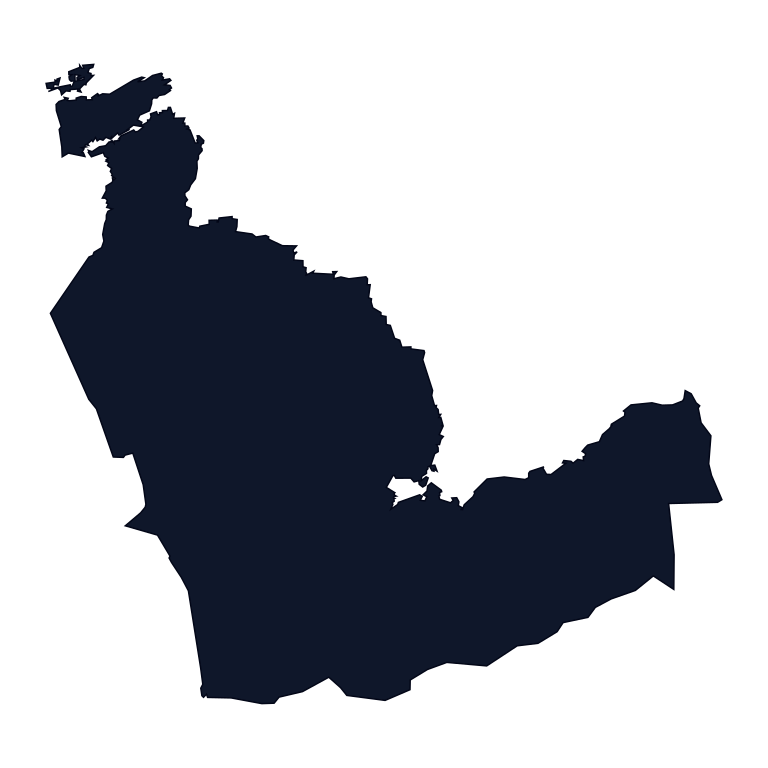 Eide nor, Møre og Romsdal, Norway (orthographic projection)
{"feature_id": "86288312B27071382350329", "entity_name": "Eide nor", "entity_type": "district", "adm_level": 2, "iso_a3": "NOR", "parent_name": "Norway", "parent_adm1": "Møre og Romsdal", "projection": "orthographic", "projection_center": [7.322, 62.931], "detail": "fine", "context": "isolated", "style": "filled", "palette": "ink", "viewbox_px": 768, "rotation_deg": 0, "n_neighbors": 0, "source": "geoboundaries", "source_scale": "gbopen_adm2", "svg_char_len": 5934}
<svg xmlns="http://www.w3.org/2000/svg" viewBox="0 0 768 768"><path d="M685.2,390.6L684.0,398.5L682.6,401.0L672.6,404.9L662.2,405.2L652.0,402.8L631.0,404.9L623.5,411.0L625.0,412.2L624.5,416.1L611.4,424.2L611.1,425.4L611.8,425.5L609.3,428.7L602.5,434.6L599.4,441.7L587.7,445.1L585.3,447.5L582.1,451.3L585.6,453.7L585.0,456.3L583.2,456.9L583.6,460.6L577.7,459.4L573.1,463.2L571.0,461.3L563.8,460.5L562.5,462.9L565.8,463.3L551.1,474.5L546.5,474.3L542.8,467.9L543.9,466.8L530.0,471.4L528.7,473.2L528.7,477.7L525.1,479.5L504.2,477.0L487.1,479.0L474.1,491.9L474.7,493.4L473.0,496.7L464.2,504.8L462.6,509.6L461.2,509.5L462.4,507.8L458.3,505.6L458.9,501.8L456.7,497.7L451.8,498.0L453.2,500.5L450.5,502.8L439.7,499.3L438.8,496.0L439.9,495.6L439.6,492.5L441.7,491.7L441.3,490.2L431.3,482.8L427.7,486.0L427.0,491.0L423.1,494.8L426.8,496.7L424.9,500.9L420.3,500.3L422.2,496.4L419.7,494.8L398.4,502.4L397.7,504.5L390.8,509.3L392.9,504.3L392.2,502.7L394.2,501.2L393.8,498.8L394.8,498.4L393.4,497.7L393.8,496.5L396.2,496.1L394.6,495.3L394.1,493.5L394.9,492.7L386.3,487.4L392.9,475.6L394.4,475.5L395.8,478.2L410.8,478.1L414.1,481.9L418.8,480.6L419.2,484.3L422.7,487.0L425.7,485.2L428.2,477.9L426.1,476.8L421.2,480.7L421.7,476.4L426.5,473.4L426.4,470.4L427.9,468.8L427.8,467.0L429.5,466.1L432.0,470.7L434.0,471.2L433.9,469.2L437.0,471.1L434.8,465.1L430.7,465.6L434.7,453.7L438.2,451.6L438.1,447.6L436.5,444.7L439.5,444.6L440.9,439.5L443.3,436.5L439.2,434.6L443.0,426.4L441.0,425.5L443.0,425.4L440.8,417.4L438.8,417.5L440.7,414.4L438.7,414.5L438.1,409.5L436.0,407.5L436.5,405.5L434.5,405.6L431.7,395.6L432.6,390.5L422.7,359.7L424.6,352.6L424.0,350.6L410.9,348.9L410.9,346.9L401.9,347.2L399.7,340.2L394.6,338.3L390.3,325.4L386.2,324.5L386.0,316.5L381.0,315.6L380.9,312.6L372.8,307.8L371.1,301.8L371.5,298.8L368.5,297.8L370.2,284.7L367.2,284.8L367.5,278.8L365.9,276.8L348.9,278.8L340.9,277.0L333.9,278.7L334.2,275.0L336.7,271.6L332.7,271.7L333.4,274.3L312.7,273.2L313.7,271.2L305.3,275.7L306.7,273.7L305.7,271.7L306.1,267.7L303.0,266.8L302.9,260.7L293.8,260.0L294.2,254.9L297.1,251.9L293.7,253.0L293.0,250.0L296.5,245.9L282.4,245.7L270.3,240.0L268.2,238.6L268.7,236.9L265.7,235.5L255.9,237.0L252.1,234.0L235.5,231.6L236.9,226.6L237.2,219.5L232.1,218.7L232.1,216.6L219.1,218.0L218.2,222.0L217.2,222.1L217.1,220.1L209.1,220.3L209.2,224.3L199.8,226.2L199.3,228.0L189.2,226.1L188.2,224.8L188.6,219.8L191.0,216.2L191.3,208.9L185.2,206.1L185.2,202.5L187.5,199.8L184.9,195.8L184.8,192.8L188.8,189.7L190.7,184.9L195.4,178.7L197.2,168.4L196.9,161.2L198.4,158.8L198.5,155.0L202.1,150.7L202.0,148.7L200.7,147.4L201.3,144.2L203.4,143.2L203.8,140.6L199.1,135.8L197.2,135.8L197.8,138.8L196.8,140.2L197.9,142.8L195.2,143.1L190.0,129.9L187.0,129.0L189.0,128.0L187.9,126.0L184.9,126.1L184.8,123.1L182.8,123.1L184.7,118.0L173.7,118.3L174.5,113.3L172.6,114.3L170.4,107.4L168.4,107.4L167.5,110.5L162.4,110.6L162.5,112.6L159.5,112.7L159.5,114.7L157.5,114.7L156.5,111.7L150.5,113.9L151.1,116.9L149.7,120.0L147.6,120.0L147.7,122.0L142.3,125.1L141.4,126.2L143.3,127.1L138.1,131.3L135.4,132.0L133.7,130.0L121.0,135.9L118.7,138.9L119.8,138.9L119.3,140.6L114.3,141.0L114.1,143.4L112.0,140.5L111.0,141.3L112.2,142.1L109.1,141.9L105.7,145.7L99.4,146.8L92.1,151.7L88.4,150.4L89.0,151.7L88.3,152.4L91.4,156.8L103.3,152.6L104.8,156.3L108.2,158.0L106.1,159.9L107.5,160.6L106.1,161.3L108.9,162.7L107.6,165.5L111.6,168.5L110.3,171.4L112.3,174.2L111.6,175.5L115.4,178.5L113.9,179.8L112.2,177.3L112.9,180.2L112.2,182.3L106.0,186.2L106.2,190.8L102.3,198.1L105.4,198.2L107.4,200.5L106.4,203.0L108.4,203.9L106.7,207.4L112.4,208.9L107.9,211.4L106.4,215.1L106.3,219.6L104.7,223.5L102.7,234.5L103.9,241.0L101.6,247.7L94.0,252.3L92.9,255.4L89.0,257.0L50.4,313.3L88.8,399.3L96.4,408.8L113.3,457.0L123.4,457.4L125.1,455.1L132.8,453.1L143.2,484.7L145.9,504.3L145.2,507.2L140.7,512.8L125.3,525.8L157.5,535.1L170.0,556.1L169.1,558.0L171.6,562.6L181.3,577.3L188.4,590.8L200.6,667.6L202.8,684.3L200.8,688.2L201.9,695.7L203.5,697.3L206.5,694.2L207.6,697.4L231.1,697.9L261.8,703.6L274.1,703.2L279.1,697.1L302.5,691.6L328.8,677.2L340.6,687.7L346.8,695.4L385.1,700.4L410.0,689.7L410.2,680.0L427.4,669.5L446.8,662.4L486.7,665.9L517.2,645.8L538.0,643.3L557.1,631.7L563.1,622.6L588.0,617.3L595.3,607.4L611.2,598.9L635.4,590.4L653.3,575.9L673.8,589.4L674.1,554.7L668.6,503.5L717.6,502.3L721.9,499.7L711.5,475.4L708.7,463.9L710.9,435.8L701.1,422.8L698.2,408.1L699.7,405.8L696.2,402.9L691.2,393.8L685.2,390.6ZM84.9,156.5L83.4,152.8L81.9,152.5L84.0,148.8L81.6,147.7L86.1,146.9L84.8,146.4L85.4,144.7L88.5,145.3L87.4,143.9L91.7,140.2L92.9,141.6L95.5,137.5L97.2,140.9L99.8,139.1L103.0,140.2L105.9,137.3L109.9,138.9L111.4,137.0L111.3,138.7L117.7,132.9L119.1,135.1L129.6,129.4L127.7,129.4L133.4,125.1L140.7,126.4L141.9,122.3L137.4,119.8L139.7,115.1L149.4,110.8L151.6,103.8L151.8,99.9L153.2,97.9L156.9,98.0L159.0,95.5L164.6,94.5L170.4,90.6L169.3,89.7L171.5,88.0L170.1,85.4L164.5,84.8L170.9,80.4L169.6,78.8L162.3,80.1L163.5,77.7L161.5,75.9L162.3,73.9L161.3,73.2L152.5,75.5L144.7,80.9L137.5,81.8L144.2,77.7L141.7,77.1L133.5,80.1L109.7,94.2L102.6,93.8L97.3,96.4L98.7,94.7L97.5,93.6L91.7,97.7L92.3,99.7L86.3,99.9L86.2,96.9L81.2,96.5L76.2,98.1L76.2,100.1L69.2,100.8L67.2,100.4L68.2,98.3L64.2,97.4L65.2,99.4L59.0,101.5L56.1,104.5L56.4,110.7L61.3,126.6L59.2,129.5L61.8,146.9L62.2,156.8L68.4,153.1L84.9,156.5ZM61.6,94.8L66.0,90.9L70.0,91.3L70.3,89.6L78.0,89.0L77.5,91.1L81.0,92.0L79.5,89.0L83.9,84.4L85.9,84.8L86.3,82.8L93.5,75.4L91.0,75.5L91.0,73.5L87.9,72.6L89.3,68.5L92.8,67.4L93.7,64.4L82.7,65.3L83.8,68.3L81.8,68.4L79.7,65.4L79.8,67.4L68.8,71.7L68.9,74.7L71.9,74.7L69.0,76.8L69.5,79.7L71.1,81.2L75.1,80.6L74.9,74.6L80.0,75.5L77.0,77.5L77.1,79.6L84.0,77.4L84.1,79.4L74.1,81.6L72.2,86.2L70.6,86.4L70.2,84.8L53.2,88.2L54.1,84.2L58.2,85.1L60.0,78.0L57.0,79.1L57.0,81.1L55.0,80.1L55.1,82.1L46.1,83.4L47.2,88.4L51.2,88.3L51.3,90.3L48.3,91.5L57.9,88.0L60.5,90.5L61.6,94.8Z" fill="#0f172a" stroke="#020617" stroke-width="1.5"/></svg>